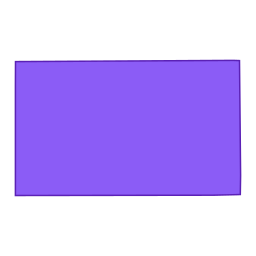 the district of Banner, Nebraska, United States of America
{"feature_id": "52423323B1452936307731", "entity_name": "Banner", "entity_type": "district", "adm_level": 2, "iso_a3": "USA", "parent_name": "United States of America", "parent_adm1": "Nebraska", "projection": "orthographic", "projection_center": [-103.858, 41.546], "detail": "fine", "context": "isolated", "style": "filled", "palette": "violet", "viewbox_px": 256, "rotation_deg": 0, "n_neighbors": 0, "source": "geoboundaries", "source_scale": "gbopen_adm2", "svg_char_len": 384}
<svg xmlns="http://www.w3.org/2000/svg" viewBox="0 0 256 256"><path d="M239.5,60.6L233.4,60.4L15.5,61.6L15.4,84.8L15.4,87.9L15.4,94.6L15.4,98.6L15.4,108.0L15.4,120.4L15.4,125.4L15.4,125.5L15.4,130.5L15.4,131.4L15.4,138.8L15.4,141.7L15.4,184.7L15.4,189.2L15.4,195.5L213.1,195.2L237.9,194.6L240.3,194.5L240.6,175.6L239.5,60.6Z" fill="#8b5cf6" stroke="#5b21b6" stroke-width="1.5"/></svg>